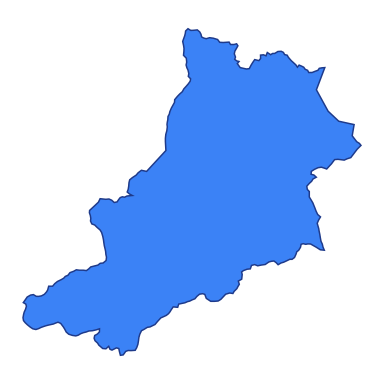 Altinópolis, São Paulo, Brazil (Mercator projection)
{"feature_id": "56859067B55489518550390", "entity_name": "Altinópolis", "entity_type": "district", "adm_level": 2, "iso_a3": "BRA", "parent_name": "Brazil", "parent_adm1": "São Paulo", "projection": "mercator", "projection_center": [-47.408, -21.012], "detail": "fine", "context": "isolated", "style": "filled", "palette": "blue", "viewbox_px": 384, "rotation_deg": 0, "n_neighbors": 0, "source": "geoboundaries", "source_scale": "gbopen_adm2", "svg_char_len": 4348}
<svg xmlns="http://www.w3.org/2000/svg" viewBox="0 0 384 384"><path d="M324.8,67.6L322.1,67.8L319.3,68.3L317.9,70.3L315.1,71.3L312.1,72.5L308.7,72.5L307.6,70.3L305.2,69.3L303.7,67.2L301.3,66.0L299.1,65.1L297.4,67.2L295.9,64.9L293.4,62.6L291.3,60.7L289.8,59.0L288.3,57.2L287.2,55.2L284.6,54.6L283.4,52.4L281.2,51.3L277.9,51.5L274.8,53.4L272.5,53.5L270.7,54.7L267.3,52.5L266.0,55.8L263.5,54.8L260.5,55.1L260.6,58.5L258.9,60.6L254.7,59.6L252.7,62.5L251.1,65.1L249.3,68.6L246.5,69.0L243.3,68.3L240.2,67.6L237.3,63.6L239.0,61.5L236.7,60.9L234.7,59.3L235.5,57.1L234.3,53.8L234.9,51.1L236.3,48.7L237.9,45.8L236.6,43.8L234.0,44.5L230.5,44.5L229.1,42.1L226.1,42.3L223.2,42.5L219.7,42.3L217.6,39.5L213.3,38.2L209.6,37.7L206.2,38.7L203.6,38.0L201.6,36.9L201.0,34.3L199.7,31.9L197.3,29.9L193.5,30.3L190.7,30.4L188.0,28.7L185.6,31.0L185.3,33.4L184.7,35.8L183.9,38.0L182.7,41.4L183.6,45.7L184.0,48.3L183.9,51.3L183.5,55.3L186.3,58.2L186.7,62.2L186.1,65.0L186.9,67.8L188.0,70.1L188.8,73.6L188.3,76.4L190.6,78.8L190.2,81.2L188.1,84.1L186.0,86.5L183.9,88.8L182.3,91.7L179.7,94.0L177.4,96.4L174.7,99.6L174.5,102.4L171.3,108.2L169.8,111.8L169.3,114.1L168.0,116.5L167.8,119.7L167.3,122.1L167.0,124.4L167.3,126.9L166.8,130.8L165.8,134.4L165.4,138.4L165.4,141.6L165.9,150.5L146.6,171.4L141.4,170.3L138.1,172.8L136.2,175.1L132.4,177.6L129.7,179.8L129.0,182.6L128.7,186.2L128.2,189.3L127.2,192.0L129.5,194.0L132.3,195.5L127.0,196.0L124.6,197.2L122.3,196.8L120.2,197.6L118.7,199.5L117.1,201.9L114.2,202.5L111.7,200.2L109.0,199.0L105.8,199.3L100.1,198.7L98.4,202.2L91.9,208.3L89.6,210.4L89.4,212.8L90.3,215.4L90.8,218.4L90.5,221.0L91.8,223.9L94.7,225.0L97.0,227.3L100.1,230.0L101.6,232.5L102.8,236.5L103.5,240.0L103.8,242.4L104.3,245.7L105.1,249.0L105.6,251.3L105.9,254.5L106.5,257.2L106.1,260.5L103.1,263.0L100.2,263.3L97.9,265.1L94.3,266.0L90.8,266.9L88.6,269.0L86.4,270.6L83.3,270.2L79.3,270.2L76.3,269.8L73.6,271.3L70.0,272.6L67.9,275.3L65.3,276.4L63.7,278.2L61.1,279.7L57.4,281.5L54.7,283.7L52.6,286.2L48.7,286.2L47.7,289.9L46.6,291.8L44.4,294.3L41.4,295.9L38.4,296.4L36.2,296.3L33.4,294.6L30.5,295.1L27.2,297.0L25.2,299.9L23.3,302.6L25.8,304.1L26.4,306.3L25.5,309.3L24.2,312.1L23.6,314.4L23.0,317.7L23.5,320.6L25.2,322.7L27.3,324.7L30.1,327.0L32.8,328.8L35.9,329.5L38.6,328.6L41.1,327.4L43.9,326.4L46.1,325.7L48.4,325.1L51.1,324.5L53.4,324.0L55.5,323.1L58.0,322.2L60.7,323.4L63.4,327.0L64.8,329.3L66.2,332.0L68.7,334.2L72.4,335.4L75.8,335.9L78.2,335.2L80.7,333.7L83.3,332.7L86.2,332.0L88.8,331.0L92.5,330.7L96.0,329.9L99.5,328.8L99.4,332.0L97.3,334.1L94.7,335.5L94.1,338.2L95.0,340.7L97.6,343.1L98.8,345.1L102.7,348.5L105.9,348.8L108.7,346.3L110.0,349.3L112.0,350.1L116.4,347.9L118.8,348.5L119.4,351.5L120.4,355.3L123.2,354.9L125.7,351.4L128.1,350.5L131.0,350.6L135.2,350.3L136.7,347.7L137.9,344.3L138.5,340.6L138.9,337.4L139.8,334.2L141.5,330.7L143.8,329.5L147.4,327.3L150.1,326.9L152.5,325.7L155.0,324.5L157.5,321.5L160.8,317.9L163.5,316.7L166.3,315.4L168.5,313.7L170.0,311.8L171.2,309.8L173.2,306.9L177.7,307.3L178.7,304.1L181.5,303.5L184.9,302.8L187.6,301.6L189.7,301.1L192.3,299.8L194.9,298.8L196.9,296.4L199.5,294.2L202.7,293.7L204.8,294.4L206.3,298.4L210.7,301.3L214.6,301.3L218.2,301.0L220.9,299.3L225.7,294.2L229.7,293.0L232.9,293.5L234.1,291.4L236.9,288.6L237.9,286.6L239.3,284.3L238.3,281.1L241.7,279.2L242.2,274.5L241.6,272.0L243.4,270.6L247.1,269.2L250.3,268.9L251.5,265.4L254.7,264.6L257.7,265.8L261.0,265.1L265.2,264.5L268.8,262.0L271.4,261.3L273.9,261.0L276.1,262.6L278.1,264.7L281.0,263.0L283.7,262.2L287.1,260.6L289.8,259.3L292.1,259.3L294.5,257.5L296.0,254.2L296.8,251.7L298.6,250.4L300.5,247.3L301.1,244.3L303.2,243.7L305.7,244.3L307.9,243.9L310.6,244.0L316.4,247.3L320.3,249.8L324.3,250.2L323.0,247.1L322.3,244.1L321.0,241.3L320.4,238.1L319.8,234.4L319.1,231.0L318.7,228.5L317.2,223.3L318.6,220.1L320.5,216.9L317.7,214.5L316.1,211.2L314.7,207.5L312.8,202.8L311.2,200.1L309.3,197.0L309.3,191.5L307.3,189.4L306.8,186.2L309.4,183.3L311.6,181.3L313.0,179.0L316.3,177.2L313.9,175.0L311.1,174.3L311.3,171.4L314.4,169.4L318.0,167.7L321.4,167.2L324.5,168.2L326.7,169.0L329.7,165.7L331.5,163.8L334.6,159.6L337.9,159.3L344.2,160.1L347.1,158.8L350.8,157.6L355.3,151.7L357.2,149.2L361.0,145.4L359.4,143.4L356.7,141.7L352.2,135.8L354.1,124.6L341.4,121.8L338.7,121.2L328.1,111.2L316.4,89.8L324.8,67.6Z" fill="#3b82f6" stroke="#1e3a8a" stroke-width="1.5"/></svg>